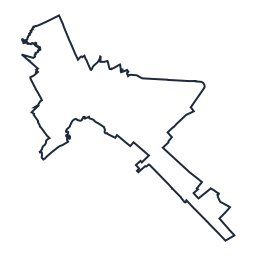 outline of Titu, Dâmbovita, Romania
{"feature_id": "2599482B39666992432313", "entity_name": "Titu", "entity_type": "district", "adm_level": 2, "iso_a3": "ROU", "parent_name": "Romania", "parent_adm1": "Dâmbovita", "projection": "orthographic", "projection_center": [25.555, 44.638], "detail": "fine", "context": "isolated", "style": "outline", "palette": "slate", "viewbox_px": 256, "rotation_deg": 0, "n_neighbors": 0, "source": "geoboundaries", "source_scale": "gbopen_adm2", "svg_char_len": 5426}
<svg xmlns="http://www.w3.org/2000/svg" viewBox="0 0 256 256"><path d="M225.4,240.6L233.0,236.3L234.2,235.5L234.4,235.3L229.1,229.6L227.0,227.1L219.4,218.5L226.0,211.8L230.0,207.2L228.2,206.1L220.2,201.8L218.2,197.7L217.4,194.9L217.9,194.1L218.6,194.3L218.9,193.9L218.8,193.5L216.4,192.1L214.0,190.3L210.6,188.4L210.1,189.0L205.6,192.7L198.5,198.4L195.6,195.4L193.6,193.1L198.0,189.3L196.8,188.3L198.0,187.0L202.0,182.1L197.9,178.8L189.6,172.3L162.8,147.7L168.4,142.5L168.5,141.9L168.4,141.5L168.6,141.0L171.9,137.2L167.6,132.4L171.6,128.6L173.5,127.0L173.8,127.0L176.5,124.0L185.7,115.3L186.2,114.9L187.7,114.2L193.8,111.3L190.8,107.3L204.5,87.5L204.6,86.6L204.5,85.3L203.9,84.0L203.4,83.2L202.5,82.4L201.0,81.8L195.6,81.4L195.6,81.0L189.4,81.1L167.7,79.9L167.5,79.7L166.8,79.7L143.1,78.4L142.4,78.3L139.5,77.0L139.4,76.8L136.8,75.3L130.9,74.8L129.3,75.0L128.1,76.1L127.8,75.3L127.7,74.6L127.2,74.1L127.0,73.6L127.0,73.1L127.4,72.5L128.1,72.2L128.4,71.6L127.8,71.0L127.4,71.2L127.0,70.0L123.0,71.6L121.1,72.2L120.9,71.6L122.8,70.9L122.6,70.7L122.5,69.6L120.8,70.2L120.7,68.8L120.8,68.7L120.7,68.6L120.6,68.3L120.3,65.3L120.0,64.5L119.0,65.0L115.2,67.2L111.5,69.1L111.4,68.8L110.9,69.1L109.6,68.9L109.2,67.6L107.9,62.1L107.5,61.0L104.0,61.9L100.4,61.8L100.6,56.7L100.2,56.5L100.0,57.8L99.5,59.3L98.5,61.1L97.2,62.6L93.5,65.9L92.6,67.2L92.1,68.5L91.4,69.7L90.6,70.5L90.7,70.2L90.5,69.6L89.7,67.5L89.2,66.8L89.1,66.3L87.5,62.7L86.5,60.1L86.3,60.0L85.5,58.6L84.8,56.6L84.4,55.7L82.3,57.2L81.5,56.4L81.1,56.3L81.2,56.2L78.0,59.7L75.0,53.4L71.2,44.3L68.9,39.4L68.4,37.7L67.7,36.5L67.4,35.5L66.8,34.1L63.4,25.9L63.4,25.4L63.0,24.3L59.0,15.4L49.6,20.2L39.9,24.7L36.5,26.1L35.9,25.9L35.4,25.9L35.2,26.1L34.7,26.5L34.2,27.1L33.4,26.7L32.8,27.6L32.6,28.3L32.8,28.5L32.8,29.3L31.8,29.4L31.6,30.0L31.8,30.2L31.8,30.5L31.7,30.8L30.7,30.9L30.8,31.5L31.2,31.9L31.2,32.1L30.5,32.3L30.2,32.6L30.3,33.3L29.9,33.4L29.7,33.6L29.4,33.6L29.2,33.7L29.3,34.4L29.9,34.3L29.8,34.9L29.7,35.1L29.3,35.2L29.0,35.5L28.8,35.4L28.5,35.6L28.1,36.5L27.9,36.8L28.0,37.3L27.3,38.1L27.4,39.1L27.0,39.6L26.9,39.9L26.6,40.3L26.2,40.4L25.9,40.0L25.4,39.9L25.1,40.5L24.6,40.4L24.0,40.5L23.3,40.1L23.1,39.5L22.5,39.2L22.1,39.4L22.2,40.1L22.9,40.6L22.8,41.3L23.3,41.6L24.1,41.5L24.2,42.4L24.0,42.6L23.7,42.5L23.4,42.7L23.4,43.0L23.5,43.1L23.8,43.2L24.2,42.9L25.1,42.8L25.2,42.3L25.7,41.8L25.9,41.8L26.1,42.3L26.9,42.2L26.9,42.5L27.1,42.6L27.2,43.0L27.2,43.6L27.5,43.8L28.1,43.9L28.3,43.7L28.6,43.3L28.9,43.5L29.0,43.8L29.8,43.7L30.8,44.2L31.0,44.2L31.4,43.7L31.6,43.3L32.4,43.0L32.6,43.1L32.7,43.5L33.2,43.4L33.5,43.8L34.1,44.0L34.3,43.9L34.4,43.7L34.6,43.7L35.3,42.7L35.5,42.7L36.2,43.1L36.4,44.6L35.7,45.0L35.5,44.9L35.3,45.0L35.2,45.5L35.9,46.0L36.3,46.1L36.6,45.8L36.8,45.9L37.3,46.7L37.9,46.4L38.0,46.7L38.5,47.2L38.5,47.4L38.4,47.6L38.7,47.9L39.2,47.5L39.4,47.0L39.7,47.0L39.9,47.1L40.0,47.7L39.5,48.2L39.4,48.4L39.2,48.6L39.5,49.1L40.3,49.2L40.4,49.3L40.3,49.7L39.6,50.0L39.1,50.0L38.6,50.2L38.4,50.0L38.2,50.1L38.0,50.5L38.3,51.1L38.2,51.8L37.2,52.2L36.6,52.8L35.6,52.8L35.5,53.3L35.9,53.6L35.9,53.8L35.6,54.5L34.8,54.7L34.7,54.9L34.7,56.0L35.0,56.4L35.0,56.7L33.3,57.9L21.6,54.5L22.1,54.8L27.0,59.1L28.3,60.0L28.1,60.0L37.9,68.6L36.3,69.7L36.6,69.9L36.8,70.2L37.0,70.9L36.3,71.3L35.9,72.2L36.3,72.5L37.5,71.7L37.8,71.7L38.0,71.9L33.9,75.5L30.3,77.3L30.5,77.8L30.6,78.9L35.9,89.2L35.9,89.3L35.8,89.5L36.9,90.9L40.8,97.9L41.9,100.2L41.4,100.4L40.0,101.6L38.1,104.8L37.5,105.5L38.3,105.8L37.8,106.3L36.8,105.9L34.6,107.3L36.7,107.3L31.6,112.3L34.1,113.9L33.7,114.8L38.2,121.2L37.9,121.9L38.0,122.4L38.2,122.8L38.7,123.5L39.6,125.0L39.8,126.4L41.2,127.8L47.0,135.7L49.5,138.1L48.5,138.6L46.4,140.3L46.1,141.0L45.9,143.0L45.2,144.4L44.8,144.9L43.2,146.1L42.3,147.7L41.9,149.4L41.4,149.8L41.2,150.3L41.2,151.1L41.1,151.3L39.8,151.7L40.0,152.4L41.1,152.3L41.4,152.4L41.9,152.9L41.8,154.0L42.1,155.2L41.7,156.9L41.8,157.5L42.0,158.0L42.6,158.5L43.3,159.5L43.6,159.5L44.5,158.8L47.3,156.1L51.4,152.5L58.6,146.8L60.3,145.9L62.7,145.0L68.0,141.8L68.1,141.7L67.3,140.6L67.1,139.9L67.0,138.8L67.2,138.4L67.6,138.2L69.4,138.8L69.6,138.8L69.9,138.3L70.1,137.1L69.8,136.2L69.2,135.6L68.9,135.8L68.7,136.7L68.1,137.1L67.6,137.2L67.1,136.9L67.9,136.4L68.0,136.2L67.6,135.8L66.4,136.2L66.2,136.0L66.1,135.5L66.2,135.2L66.7,135.0L67.2,135.1L67.6,135.0L67.6,134.1L68.2,133.0L68.2,132.6L68.0,131.9L67.7,131.7L66.4,132.0L66.0,131.7L65.9,131.5L65.9,131.2L66.5,130.6L66.5,129.6L69.6,126.9L70.0,125.7L71.4,122.7L72.0,121.6L72.9,120.5L74.5,119.3L75.7,119.0L76.2,119.1L76.7,119.4L77.5,120.1L80.0,120.7L80.7,120.7L81.3,120.4L82.0,119.8L82.3,118.7L82.9,118.4L83.0,118.1L83.1,117.4L83.2,117.1L83.5,116.9L84.5,116.8L84.8,117.2L84.6,118.3L84.7,118.5L85.1,118.5L89.0,116.8L89.2,118.0L89.5,118.4L92.2,119.2L93.5,119.9L95.5,121.9L98.3,123.3L104.0,127.1L104.8,129.4L104.9,130.1L104.9,130.6L104.6,131.3L104.6,132.1L104.9,132.7L105.3,133.1L105.9,133.4L106.9,133.1L107.2,133.2L107.8,134.1L115.2,137.8L117.0,135.1L130.2,146.1L133.6,142.3L148.9,155.5L141.8,162.4L140.5,160.9L135.9,165.0L139.1,168.5L137.0,170.8L138.3,172.2L145.2,166.2L146.0,166.5L146.6,166.3L148.9,164.5L149.8,165.1L169.1,184.9L170.8,186.9L172.2,188.2L172.1,188.5L172.3,188.5L181.1,197.5L181.4,198.3L183.5,200.7L183.6,201.0L184.3,201.8L184.9,202.3L185.5,202.3L186.0,201.8L186.1,200.9L186.4,200.3L194.2,208.6L195.2,209.5L207.7,222.2L209.9,224.6L218.7,233.5L224.3,239.4L225.4,240.6Z" fill="none" stroke="#1e293b" stroke-width="2"/></svg>